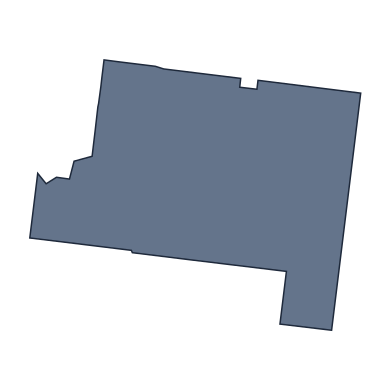 Rogers, Oklahoma, United States of America, rotated 97°
{"feature_id": "52423323B91280713828925", "entity_name": "Rogers", "entity_type": "district", "adm_level": 2, "iso_a3": "USA", "parent_name": "United States of America", "parent_adm1": "Oklahoma", "projection": "robinson", "projection_center": [-95.645, 36.336], "detail": "fine", "context": "isolated", "style": "filled", "palette": "slate", "viewbox_px": 384, "rotation_deg": 97, "n_neighbors": 0, "source": "geoboundaries", "source_scale": "gbopen_adm2", "svg_char_len": 590}
<svg xmlns="http://www.w3.org/2000/svg" viewBox="0 0 384 384"><g transform="rotate(97 192 192)"><path d="M74.7,36.6L73.3,36.6L73.1,140.1L82.1,140.1L82.2,157.4L73.3,157.5L73.3,183.3L73.3,200.5L73.3,235.1L71.7,243.7L71.7,258.6L71.7,280.5L71.6,295.4L82.0,295.4L89.4,295.4L98.2,295.3L115.6,295.5L119.0,295.8L142.2,295.6L168.7,295.5L175.8,312.8L194.1,315.2L193.9,328.3L201.6,337.8L192.3,347.4L257.4,347.4L257.3,278.3L257.3,245.1L259.5,243.8L259.5,186.0L259.5,182.7L259.4,140.4L259.3,88.6L312.4,88.6L312.2,36.6L261.3,36.6L74.7,36.6Z" fill="#64748b" stroke="#1e293b" stroke-width="1.5"/></g></svg>